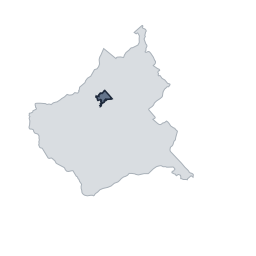 location of Kasongo, Maniema, Democratic Republic of the Congo, rotated 228°
{"feature_id": "63176286B88012685356826", "entity_name": "Kasongo", "entity_type": "district", "adm_level": 2, "iso_a3": "COD", "parent_name": "Democratic Republic of the Congo", "parent_adm1": "Maniema", "projection": "orthographic", "projection_center": [26.428, -4.177], "detail": "fine", "context": "in_parent", "style": "filled", "palette": "slate", "viewbox_px": 256, "rotation_deg": 228, "n_neighbors": 0, "source": "geoboundaries", "source_scale": "gbopen_adm2", "svg_char_len": 6377}
<svg xmlns="http://www.w3.org/2000/svg" viewBox="0 0 256 256"><g transform="rotate(228 128 128)"><path d="M203.3,163.1L187.7,165.5L188.0,166.4L187.9,167.3L187.4,168.0L185.8,170.0L183.5,171.7L183.5,172.2L184.6,174.2L185.4,176.9L185.2,181.7L185.5,182.9L185.4,184.0L184.6,185.1L183.0,190.8L184.0,193.6L187.1,196.2L188.8,198.1L191.8,198.8L192.3,198.7L192.5,197.1L194.9,196.5L194.8,206.7L194.6,207.3L194.2,207.4L193.6,207.1L193.4,206.1L192.8,205.7L189.9,206.9L189.1,206.9L188.3,206.7L187.7,206.2L187.6,205.4L185.5,202.4L184.5,202.2L183.4,199.5L178.8,197.6L177.0,197.4L176.1,196.8L175.2,194.7L173.7,193.3L173.3,191.8L173.0,191.6L172.1,191.9L171.3,194.3L170.2,194.9L168.3,194.9L163.6,194.2L160.2,193.0L159.3,193.1L158.0,192.0L157.4,190.1L157.7,188.7L157.4,188.5L152.3,189.7L151.0,190.4L149.9,190.3L149.5,189.9L150.0,188.9L149.7,187.8L149.4,187.4L147.8,187.0L147.3,185.8L146.4,185.7L146.1,185.8L145.9,186.6L145.3,186.9L142.2,186.5L139.0,187.5L134.7,187.3L132.7,188.5L132.4,188.5L131.9,187.8L131.5,185.9L131.7,185.4L132.3,185.0L132.5,184.2L132.3,182.2L132.5,181.7L132.2,180.6L131.6,178.7L130.6,177.2L128.7,175.0L128.3,173.9L128.4,171.3L129.0,167.3L128.9,164.3L128.0,162.4L127.8,160.3L128.3,156.5L127.8,155.6L117.9,155.4L117.5,155.1L117.3,154.6L117.8,152.3L111.8,153.0L110.0,153.4L108.9,154.3L108.5,155.5L108.5,157.1L107.6,158.7L107.4,161.3L105.8,161.6L104.1,161.6L100.9,161.1L97.8,161.9L96.3,162.6L95.5,162.3L92.8,162.6L92.4,162.4L89.1,157.2L87.7,155.5L87.4,154.7L87.5,153.9L87.1,152.8L85.5,150.1L85.2,148.9L85.3,146.9L85.1,146.3L83.7,144.6L82.8,144.0L81.9,143.8L66.0,144.2L60.7,144.0L56.9,144.3L55.0,144.2L54.4,143.9L52.7,144.3L51.8,145.0L50.5,145.4L49.6,145.3L47.9,143.4L50.2,143.0L50.3,142.8L50.4,138.2L49.8,137.5L50.9,136.7L52.8,134.6L54.7,133.8L54.9,133.4L55.3,133.4L56.0,134.3L57.7,135.4L59.7,134.4L59.9,134.1L60.1,132.1L60.6,131.9L61.5,132.3L62.0,132.3L62.8,131.7L65.4,130.7L66.2,131.9L65.5,133.1L65.8,133.9L65.9,135.2L66.3,135.5L68.4,135.6L68.9,135.3L72.9,130.6L74.0,130.1L75.7,128.2L77.9,127.4L78.9,126.0L80.2,123.4L80.7,119.7L80.5,113.3L80.6,112.4L83.3,109.5L86.2,104.3L88.1,102.9L89.5,102.3L91.7,100.4L93.5,98.4L93.2,96.1L93.6,94.2L94.6,91.8L94.9,89.2L94.6,86.5L94.7,84.3L96.1,80.8L96.2,76.7L97.4,73.3L99.8,69.0L100.9,65.8L100.7,62.6L101.0,60.3L100.9,58.9L100.5,57.8L100.7,57.0L101.6,56.7L102.8,55.5L104.8,52.4L106.9,50.9L108.4,50.4L110.0,50.4L111.0,50.7L112.6,51.9L114.5,52.8L115.9,54.0L117.3,55.9L120.6,56.3L122.1,56.9L122.9,57.2L123.3,57.0L124.0,57.1L125.5,57.7L126.8,57.3L133.0,58.5L133.7,57.9L135.5,54.7L136.8,53.6L138.9,53.5L140.6,54.1L141.4,54.1L149.1,51.3L150.1,51.1L152.9,51.8L154.7,51.3L155.4,51.5L157.0,51.0L158.2,49.0L159.3,48.6L170.3,50.7L172.0,49.6L172.8,49.5L175.2,50.3L175.9,51.5L177.4,52.5L178.5,54.2L180.1,55.1L180.9,56.0L181.9,56.7L183.9,56.9L186.4,55.4L188.2,55.5L190.0,56.4L190.6,56.3L192.0,55.4L192.7,54.5L193.4,54.3L194.5,54.7L195.3,55.6L196.1,56.9L198.9,59.8L201.5,61.1L202.2,62.8L203.1,62.7L203.6,62.9L204.3,64.0L204.8,64.2L204.9,64.7L204.2,65.7L203.6,67.8L204.4,69.0L203.8,70.8L203.4,72.7L204.3,73.2L205.4,73.2L206.4,74.1L207.2,74.3L208.1,75.3L207.9,76.2L205.3,79.2L201.3,83.0L200.0,83.4L199.3,84.1L198.8,85.2L197.7,86.1L196.8,86.5L196.7,89.2L195.4,92.0L194.9,92.6L194.2,97.2L194.3,98.0L193.6,101.7L193.7,105.2L191.8,106.3L190.5,108.0L189.9,109.2L189.9,112.1L187.7,113.8L187.6,114.2L188.1,116.2L188.9,116.5L188.9,117.2L190.7,119.4L190.5,126.0L190.6,126.6L191.5,128.2L192.1,131.2L191.4,135.0L193.8,142.1L192.7,144.6L193.2,147.1L194.6,149.7L198.0,152.2L198.8,153.2L199.7,154.7L200.4,156.8L203.3,163.1Z" fill="#d9dde1" stroke="#a8b0b8" stroke-width="1"/><path d="M173.0,125.8L172.9,125.7L172.9,125.8L172.9,125.7L172.7,125.5L172.8,125.5L172.8,125.4L172.7,125.4L172.6,125.2L172.5,124.9L172.5,125.0L172.4,125.0L172.4,124.9L172.2,124.9L171.9,124.9L171.7,124.9L171.5,125.0L171.4,125.0L171.2,125.1L170.7,125.0L170.4,125.0L170.4,124.9L170.1,124.7L169.7,124.4L169.5,124.2L169.3,124.2L169.1,124.2L168.7,124.0L168.4,124.3L168.3,124.8L168.1,125.3L167.6,126.0L167.5,126.3L167.6,126.5L167.3,126.6L167.2,126.6L167.1,126.8L166.5,126.8L166.4,126.5L166.3,126.4L166.5,126.3L166.5,126.2L166.4,126.1L166.2,125.9L166.1,125.7L165.9,125.5L165.7,125.6L165.4,125.6L165.2,125.5L164.9,125.7L164.7,125.7L164.7,125.0L164.7,124.2L164.5,124.3L164.4,124.2L164.4,124.3L164.3,124.2L164.2,124.2L164.2,124.3L164.1,124.2L164.1,124.3L164.1,124.2L164.1,124.3L163.9,124.3L163.8,124.2L163.8,123.5L163.6,123.1L163.5,122.4L163.5,122.1L163.2,122.1L162.9,122.1L162.8,122.3L162.7,122.2L162.4,121.9L162.3,122.3L162.4,122.6L162.4,122.8L162.5,123.0L162.6,123.3L162.8,123.5L163.1,123.8L163.3,124.0L163.4,124.3L163.5,124.6L163.7,124.8L163.7,125.0L163.6,125.3L163.5,125.6L163.4,126.1L163.4,126.4L163.3,126.6L163.3,126.8L163.2,127.0L163.1,127.3L163.1,127.6L163.2,127.9L163.3,128.2L163.6,128.4L163.9,128.7L163.9,128.9L164.0,128.9L164.0,129.0L164.0,128.9L163.9,129.0L164.0,129.1L164.0,129.3L164.1,129.5L164.2,129.4L164.3,129.5L164.2,129.6L164.0,129.8L163.9,129.9L163.9,130.0L163.7,130.1L163.8,130.2L163.7,130.2L163.7,130.3L163.4,130.5L163.5,130.6L163.4,130.7L163.2,130.7L163.2,130.8L163.2,130.7L163.3,130.8L163.4,131.0L163.5,131.0L163.4,131.0L163.5,131.0L163.3,131.1L163.4,131.3L163.5,131.3L163.5,131.2L163.7,131.3L163.8,131.3L163.7,131.4L163.5,131.5L163.4,131.6L163.3,131.8L163.2,131.8L163.0,132.1L162.9,132.1L162.8,132.3L162.7,132.5L162.4,132.7L162.2,132.9L162.2,133.1L161.9,133.4L161.8,133.5L161.7,133.6L161.5,133.8L161.4,134.0L161.2,134.2L161.1,134.4L161.4,134.7L161.7,134.8L161.8,135.0L161.7,135.0L161.4,135.3L161.1,135.4L160.8,135.5L160.5,135.2L160.4,135.4L160.5,135.6L160.4,135.8L165.2,135.9L171.5,135.9L171.5,135.7L171.4,135.7L171.2,135.3L171.1,135.2L171.1,134.8L171.1,134.7L171.2,134.4L171.4,134.4L171.5,134.4L171.4,134.0L171.4,133.9L171.3,133.7L171.2,133.4L171.0,132.9L171.3,132.5L171.4,132.3L171.3,132.2L171.2,132.1L171.1,131.9L171.3,131.8L171.3,131.7L171.5,131.6L171.7,131.4L171.8,131.2L172.0,131.2L172.3,131.1L172.3,130.9L172.3,130.7L172.1,130.5L172.2,130.4L172.1,130.2L172.3,130.1L172.2,130.0L172.2,129.9L172.3,129.7L172.3,129.3L172.3,129.2L172.0,129.0L171.9,128.8L171.9,128.6L172.0,128.5L171.9,128.4L172.0,128.3L171.9,128.2L171.9,127.9L171.9,127.6L171.6,127.6L171.4,127.6L171.2,127.5L170.9,127.4L171.0,127.3L171.1,127.2L171.3,127.0L171.6,126.8L171.9,126.7L172.0,126.6L172.0,126.3L172.1,126.1L172.3,125.9L172.6,125.9L173.0,125.8Z" fill="#64748b" stroke="#1e293b" stroke-width="1.5"/></g></svg>